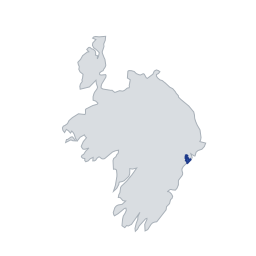 location of Tramore-Waterford City West Lea-6, Waterford, Ireland, rotated 324°
{"feature_id": "5873133B15646893795596", "entity_name": "Tramore-Waterford City West Lea-6", "entity_type": "district", "adm_level": 2, "iso_a3": "IRL", "parent_name": "Ireland", "parent_adm1": "Waterford", "projection": "mercator", "projection_center": [-7.169, 52.204], "detail": "fine", "context": "in_parent", "style": "filled", "palette": "blue", "viewbox_px": 256, "rotation_deg": 324, "n_neighbors": 0, "source": "geoboundaries", "source_scale": "gbopen_adm2", "svg_char_len": 5468}
<svg xmlns="http://www.w3.org/2000/svg" viewBox="0 0 256 256"><g transform="rotate(324 128 128)"><path d="M156.4,48.0L151.9,51.2L151.2,52.5L149.9,57.4L149.7,58.8L146.9,64.2L145.3,65.3L142.9,66.2L141.5,67.0L139.8,66.6L137.6,66.7L136.6,67.6L136.6,68.4L137.3,69.3L141.3,71.7L141.0,72.8L139.9,73.9L132.7,76.9L130.6,78.6L129.8,79.8L130.6,81.7L136.3,87.5L137.3,88.1L138.2,91.5L143.2,92.9L145.3,95.0L147.1,95.5L150.9,95.3L152.5,96.1L153.4,95.5L153.9,94.4L158.2,90.3L156.9,87.2L161.3,82.0L162.5,82.1L164.5,83.7L166.2,85.9L166.7,88.9L168.3,91.5L169.4,92.5L172.2,93.0L172.8,94.0L172.3,97.9L172.7,99.2L179.8,99.1L182.7,97.4L185.1,97.7L186.3,99.4L186.9,101.2L184.7,101.8L182.5,101.5L181.5,102.6L181.4,104.9L182.1,107.8L183.6,109.8L184.8,114.4L185.8,119.5L187.3,122.5L187.6,126.3L187.4,128.2L187.7,131.5L187.0,132.7L187.5,135.8L190.1,145.9L190.6,153.7L189.3,156.7L187.6,159.4L186.5,162.7L185.7,166.2L185.1,171.9L181.5,178.6L179.9,180.2L178.1,181.2L182.0,185.9L178.8,187.9L175.3,188.6L171.4,187.4L168.9,187.6L165.8,190.0L165.1,189.5L163.7,185.7L162.6,189.6L160.3,190.9L156.5,190.6L150.0,191.7L147.6,192.8L146.5,194.5L145.8,196.5L144.8,197.7L143.6,198.3L138.6,199.8L137.7,200.4L135.4,203.6L132.3,205.5L129.8,206.1L127.6,204.2L126.7,203.0L125.7,202.5L122.3,202.6L123.3,203.1L124.0,204.5L124.4,207.0L124.0,209.5L122.3,210.8L120.3,211.0L117.1,213.6L112.9,214.3L110.7,216.6L96.8,220.6L96.0,220.7L94.1,219.7L92.0,219.2L90.0,219.5L84.2,221.8L81.3,221.3L84.9,215.8L89.7,213.0L90.2,212.2L88.7,211.8L79.5,213.8L76.3,215.4L73.2,215.9L74.6,213.4L78.7,209.9L82.3,207.6L83.8,205.6L88.1,203.2L74.2,208.0L70.5,207.4L69.7,206.1L66.8,206.7L65.7,203.5L70.0,198.6L72.4,196.5L75.4,195.3L78.2,193.7L79.2,191.6L77.9,191.0L69.5,191.5L65.4,191.1L65.6,189.5L66.4,187.7L70.6,184.7L72.8,184.2L74.8,184.5L78.4,186.3L83.2,185.7L81.2,183.8L80.8,179.8L79.3,178.5L81.2,176.7L83.5,175.5L87.2,171.7L88.5,171.2L95.8,170.2L103.7,168.2L111.5,165.5L107.5,163.9L105.6,161.9L102.5,166.0L100.3,167.6L94.0,168.4L92.0,168.0L89.2,166.7L88.3,167.2L87.5,168.2L83.4,170.2L79.0,170.7L84.1,167.0L90.5,160.7L92.0,158.7L94.0,155.2L93.4,153.6L92.0,152.8L96.7,145.6L98.4,144.3L101.4,144.1L103.5,142.9L104.5,142.9L105.4,142.5L107.3,140.4L104.3,139.0L101.3,138.3L91.8,139.0L90.6,138.9L89.4,138.2L88.6,137.2L88.0,134.8L87.3,134.2L85.2,134.2L83.1,135.0L81.6,134.9L80.2,133.9L82.5,131.3L79.5,130.7L76.5,131.2L74.0,130.5L73.9,128.9L75.1,127.3L73.6,125.8L73.3,123.9L74.8,123.0L76.6,123.3L80.1,121.9L84.6,121.2L80.7,119.9L79.2,118.7L79.1,116.8L79.4,115.3L83.9,112.7L88.7,111.5L88.4,109.8L88.7,107.9L83.9,107.3L79.1,108.7L79.6,105.1L80.7,101.8L81.0,99.7L80.7,97.4L78.5,98.3L78.2,95.1L77.3,92.9L74.0,94.4L74.0,91.5L75.0,89.4L76.7,88.5L78.5,88.9L81.6,88.9L84.7,87.3L89.2,86.9L96.3,87.4L101.1,91.8L102.4,91.0L104.3,88.2L105.2,87.9L112.6,89.1L117.1,90.7L118.3,90.2L117.7,87.2L116.1,85.0L118.1,82.2L120.5,80.3L122.1,79.4L125.8,78.2L127.4,77.1L128.5,73.5L130.2,70.5L120.9,72.1L112.1,68.5L113.5,66.0L115.3,64.5L118.5,63.4L118.9,62.1L120.5,61.0L123.2,58.1L122.2,54.4L122.7,51.6L124.6,49.8L125.2,47.2L126.1,45.3L130.0,44.6L133.8,42.8L139.6,42.6L141.1,43.3L140.8,40.2L143.5,39.7L144.6,40.4L145.1,42.6L146.3,44.0L146.7,46.5L145.9,48.4L144.5,49.9L145.8,51.4L143.8,54.1L145.9,52.9L149.0,50.3L148.8,48.1L148.3,45.4L147.4,42.9L147.8,40.2L149.5,38.5L154.0,37.6L152.2,34.5L153.8,34.2L155.6,34.9L158.2,37.3L163.8,40.7L161.1,43.7L157.7,45.8L156.4,48.0ZM78.1,106.3L78.0,107.6L75.9,105.9L74.8,104.0L69.0,103.1L71.4,101.2L72.6,101.8L76.7,101.8L77.9,102.6L78.1,106.3Z" fill="#d9dde1" stroke="#a8b0b8" stroke-width="1"/><path d="M159.6,185.3L159.7,185.2L159.8,185.2L159.9,185.4L160.0,185.6L159.9,185.3L159.8,184.9L159.9,185.0L159.9,184.9L159.8,184.7L159.7,184.8L159.4,184.9L159.1,184.8L158.9,184.8L158.8,184.7L158.7,184.7L158.4,184.3L158.2,184.3L157.9,184.5L157.6,184.9L157.5,185.0L157.2,185.4L157.1,185.6L156.8,185.8L156.7,185.9L156.6,186.0L156.6,186.3L156.7,186.5L156.8,186.6L156.9,186.8L156.9,187.0L156.9,187.3L156.7,187.4L156.5,187.5L156.3,187.5L156.2,187.6L156.3,187.6L156.3,187.8L156.4,188.0L156.5,188.1L156.4,188.3L156.4,188.5L156.2,188.5L156.3,188.6L156.2,188.7L156.3,188.7L156.3,188.8L156.4,189.0L156.4,189.3L156.3,189.5L156.1,189.5L155.9,189.7L155.9,189.9L155.7,189.8L155.7,190.0L155.7,190.3L155.7,190.5L155.4,190.6L155.3,190.8L155.2,191.0L155.6,191.1L155.8,191.1L156.0,191.1L156.3,191.2L156.5,191.1L156.8,191.0L157.0,191.1L157.3,191.1L157.2,191.1L157.3,191.1L157.5,191.1L157.7,190.9L157.7,191.0L157.8,191.0L157.8,190.9L157.9,190.7L158.0,190.6L158.0,190.4L158.1,190.2L158.3,190.1L158.5,190.0L158.5,189.9L158.8,190.0L159.2,190.1L159.7,190.4L159.9,190.4L160.1,190.4L160.1,190.2L160.0,190.3L160.0,190.2L159.9,190.3L159.9,190.2L159.7,190.2L159.4,190.2L159.3,189.9L159.3,190.0L159.2,190.0L158.9,190.0L158.8,189.9L159.0,189.9L158.9,189.8L158.9,189.7L159.0,189.5L159.2,189.8L159.1,189.6L158.9,189.5L158.9,189.4L158.8,189.2L158.7,189.2L158.8,189.0L158.8,188.9L159.0,188.6L159.0,188.4L158.9,188.3L158.9,188.2L158.7,188.2L158.4,188.2L158.4,187.8L158.3,187.7L158.4,187.4L158.5,187.4L158.7,187.2L158.4,186.9L158.5,186.9L158.4,186.8L158.2,187.0L158.2,186.9L158.3,186.8L158.2,186.7L158.1,186.4L158.0,186.2L157.9,186.2L157.9,185.9L157.7,185.8L157.8,185.7L158.1,185.6L158.3,185.5L158.5,185.5L158.7,185.4L158.9,185.3L159.0,185.3L159.3,185.4L159.5,185.3L159.6,185.2L159.6,185.3ZM156.4,191.3L156.5,191.3L156.4,191.3L156.4,191.3ZM156.0,191.3L155.9,191.4L156.0,191.4L156.0,191.3ZM156.5,191.3L156.5,191.2L156.5,191.3Z" fill="#3b82f6" stroke="#1e3a8a" stroke-width="1.5"/></g></svg>